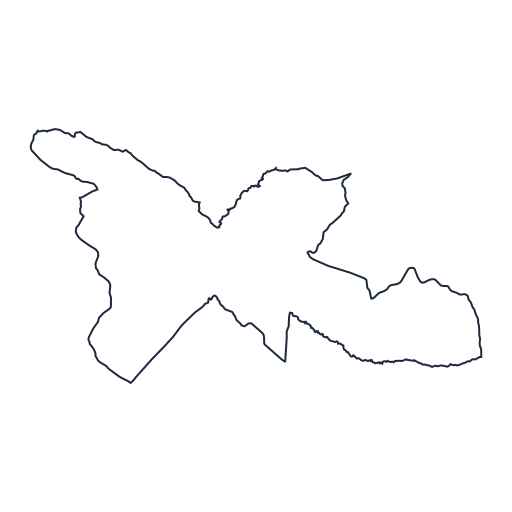 outline of Businga, Équateur, Democratic Republic of the Congo
{"feature_id": "63176286B10859728267394", "entity_name": "Businga", "entity_type": "district", "adm_level": 2, "iso_a3": "COD", "parent_name": "Democratic Republic of the Congo", "parent_adm1": "Équateur", "projection": "orthographic", "projection_center": [21.02, 3.443], "detail": "fine", "context": "isolated", "style": "outline", "palette": "slate", "viewbox_px": 512, "rotation_deg": 0, "n_neighbors": 0, "source": "geoboundaries", "source_scale": "gbopen_adm2", "svg_char_len": 6031}
<svg xmlns="http://www.w3.org/2000/svg" viewBox="0 0 512 512"><path d="M37.1,131.4L36.3,133.5L34.6,134.4L33.8,135.5L33.4,139.7L31.4,143.4L30.7,147.2L31.1,149.2L31.9,150.6L40.4,159.8L49.5,167.0L52.6,168.7L57.7,169.4L65.1,173.1L73.5,175.3L74.7,176.2L75.9,178.4L76.8,178.9L78.4,178.8L80.8,180.9L83.0,181.7L87.2,182.0L93.1,183.6L94.3,184.3L96.5,187.1L97.4,189.5L92.2,191.5L81.9,197.4L79.8,197.7L81.0,201.8L80.6,204.5L81.1,206.3L80.0,209.2L80.4,213.1L83.6,216.2L78.6,225.0L76.4,227.5L75.8,230.9L75.9,232.0L76.8,234.4L78.9,237.5L81.3,239.8L89.8,245.8L95.5,249.2L97.8,252.0L98.2,253.3L98.2,256.3L95.7,262.8L95.5,264.4L96.0,268.2L97.7,270.3L99.2,274.3L103.7,277.2L108.4,281.1L110.1,284.3L110.3,286.0L109.5,292.7L111.0,297.8L110.9,305.8L110.7,307.5L109.3,308.9L103.3,313.2L99.4,317.4L98.8,318.4L98.0,321.8L93.2,328.6L89.2,336.5L88.5,338.6L88.6,340.1L89.5,341.7L89.6,343.7L92.7,347.5L94.6,350.9L95.6,354.1L95.3,355.5L98.1,360.6L99.9,362.2L106.1,365.9L108.9,369.0L118.6,376.1L121.3,377.8L128.4,381.3L130.5,382.9L133.0,380.8L136.3,376.7L151.9,359.2L164.7,346.0L173.1,336.8L180.5,326.9L184.0,323.1L195.0,312.4L201.5,307.7L203.6,305.7L205.0,303.8L207.6,303.0L208.2,302.5L208.3,300.1L208.9,298.4L209.4,298.3L210.7,299.6L211.4,299.2L212.3,297.3L213.9,295.7L215.0,295.7L216.2,296.5L217.4,298.3L217.5,299.3L219.1,300.9L220.5,304.5L222.8,306.3L225.1,309.3L232.0,311.9L232.9,312.8L233.5,314.4L234.7,315.7L236.7,320.3L240.2,323.3L241.4,325.2L243.9,326.2L244.7,326.2L248.6,323.4L251.3,323.3L262.1,332.8L263.4,334.3L264.0,336.7L264.2,343.0L264.7,344.5L282.0,359.7L284.7,361.5L285.2,361.4L285.3,360.2L286.7,338.1L286.7,331.3L288.7,326.3L289.0,317.3L289.9,312.7L292.1,313.0L293.0,315.5L294.1,316.2L295.3,316.1L297.5,316.8L298.2,318.1L298.2,319.4L300.3,321.2L304.0,322.1L304.8,323.0L305.3,321.7L306.0,321.8L306.8,323.5L308.9,324.3L310.8,326.0L310.9,327.8L312.0,327.7L314.0,329.7L315.0,332.0L315.7,331.9L316.6,331.1L317.2,331.7L317.9,331.4L318.0,332.8L319.1,332.9L320.3,334.3L321.8,334.5L322.1,333.9L322.9,334.3L323.2,336.2L323.6,336.6L325.8,337.4L326.6,336.9L327.3,337.1L328.1,338.4L330.0,340.5L335.1,342.0L336.6,341.4L337.7,341.9L338.0,343.6L340.0,343.6L343.4,345.6L343.3,347.3L344.3,349.9L345.0,349.9L346.3,351.2L346.6,352.0L347.9,352.1L350.8,356.4L351.7,356.6L352.5,356.4L353.0,355.4L353.7,355.4L354.3,356.4L355.1,356.6L356.6,358.5L359.0,358.3L361.5,360.4L363.4,360.8L365.3,359.9L368.0,361.1L369.4,360.3L370.5,361.0L371.0,360.1L371.5,359.9L372.6,362.1L374.5,362.6L375.2,363.3L378.5,362.4L379.0,362.5L379.4,363.4L379.9,363.4L380.1,362.6L381.1,362.5L382.3,363.6L382.7,362.2L383.6,361.4L385.0,361.2L386.3,361.9L387.6,360.8L389.7,361.9L391.5,362.0L392.1,361.6L393.6,362.3L395.1,360.9L396.7,361.1L398.1,360.7L401.9,361.0L406.3,359.3L406.9,359.8L413.5,360.8L414.1,360.2L419.3,363.1L421.0,363.3L422.8,364.6L425.7,364.6L426.6,365.2L428.7,365.4L432.1,366.9L435.3,365.7L437.7,366.3L440.9,365.4L445.4,366.1L447.0,366.7L448.6,366.1L450.6,364.2L453.8,365.3L455.7,364.8L456.9,365.3L458.2,365.3L463.8,363.0L465.4,362.7L466.6,361.8L468.0,361.3L469.9,361.4L471.7,359.7L473.2,359.2L475.3,359.4L479.7,357.0L481.3,357.0L481.2,350.1L481.0,348.6L479.9,345.9L479.6,342.9L480.1,338.9L479.3,335.3L479.2,329.1L478.9,325.7L478.2,322.7L478.1,319.6L477.5,317.6L476.1,315.1L474.1,309.1L472.8,307.6L470.8,302.3L468.5,299.5L467.9,296.1L466.0,294.6L464.5,294.1L460.9,294.6L458.9,294.2L457.0,292.9L451.9,291.2L450.3,290.0L448.1,286.4L446.8,286.0L443.3,286.0L440.9,285.4L435.2,279.6L433.4,279.2L431.5,279.3L428.6,280.2L424.6,282.2L423.2,282.7L421.5,282.5L420.2,281.4L417.7,277.1L414.6,269.0L413.7,268.0L411.5,267.8L409.1,268.3L408.1,269.3L401.1,281.4L399.5,282.9L396.7,284.2L391.5,285.0L390.0,285.7L388.8,286.6L387.3,289.0L386.4,289.7L384.0,291.1L378.9,293.0L374.0,297.7L372.0,298.7L371.2,298.5L369.5,290.5L367.3,287.8L366.5,280.6L366.1,279.6L364.1,278.2L350.2,272.7L328.0,265.8L313.2,259.3L309.7,256.8L309.2,255.2L307.8,253.4L307.6,252.2L308.6,251.5L310.6,251.4L312.5,252.8L313.3,252.9L314.1,252.7L316.3,251.0L318.1,245.2L319.1,244.2L320.2,243.6L322.8,239.0L323.6,232.3L327.1,229.3L329.9,224.7L332.5,223.0L340.7,215.5L342.0,213.3L343.7,211.7L344.9,206.8L348.2,203.4L346.1,200.0L345.1,196.0L345.5,192.4L344.7,188.1L342.6,186.1L342.2,183.4L343.7,179.9L348.1,176.9L349.9,174.5L351.3,173.4L337.0,178.5L328.5,180.0L322.7,180.2L317.9,176.0L316.8,175.9L314.6,174.6L312.0,172.1L305.2,167.8L299.8,168.6L298.9,169.2L290.1,169.5L287.6,171.5L285.6,170.4L282.7,170.8L278.6,170.4L276.0,169.3L275.8,168.1L273.9,170.0L271.6,170.4L269.0,171.7L267.5,171.2L265.4,173.5L264.0,173.7L263.2,174.4L262.7,176.8L261.8,177.8L263.0,179.0L262.4,179.7L261.1,179.9L260.4,180.6L259.2,181.0L258.1,184.5L259.8,186.1L259.0,186.7L257.2,186.6L255.9,185.6L255.0,185.7L254.0,186.6L252.9,185.9L251.5,186.0L250.2,188.0L249.0,188.1L248.4,188.7L247.9,190.4L247.2,191.2L244.6,190.8L243.8,191.0L241.8,192.9L240.2,196.0L240.5,197.4L240.1,198.5L238.2,199.1L236.7,200.4L235.8,204.1L234.5,206.9L231.5,208.6L230.5,208.5L229.6,209.9L228.2,209.3L227.5,209.8L228.5,211.0L228.6,212.3L228.2,214.0L225.1,216.2L222.9,216.5L222.4,217.1L222.2,218.9L219.4,221.7L219.5,222.2L221.1,223.2L221.1,223.9L219.2,225.9L219.3,227.3L217.3,227.6L213.9,225.6L212.4,223.9L210.9,222.9L210.0,220.0L208.5,218.0L207.2,216.9L202.0,214.3L198.6,210.9L199.4,208.7L198.9,204.7L199.6,202.5L194.7,201.6L192.9,200.8L191.0,197.3L189.5,196.1L189.3,194.5L187.1,191.4L185.9,190.4L184.5,187.9L179.8,185.3L176.9,183.0L174.9,180.6L170.0,177.7L167.0,177.0L163.0,177.0L158.2,173.4L156.7,172.7L154.7,170.8L153.0,170.7L148.9,168.8L143.2,163.7L139.6,161.0L137.8,160.2L132.2,155.4L130.5,153.1L129.0,152.6L126.4,150.2L125.3,150.2L122.9,151.7L118.4,149.7L114.0,150.1L110.7,148.2L108.5,146.2L106.3,144.8L102.3,144.4L99.9,143.0L96.0,142.0L94.2,141.0L92.8,139.4L86.4,136.9L80.3,131.9L77.6,132.6L76.2,132.5L75.0,133.6L74.7,136.6L73.6,137.0L72.4,136.0L71.5,135.9L68.8,133.4L65.0,133.1L60.4,130.2L58.6,129.6L54.6,129.1L53.4,129.7L51.8,129.7L50.1,130.7L48.3,130.5L47.3,131.5L45.9,130.9L42.2,130.7L40.3,131.4L38.7,131.5L37.8,130.7L37.1,131.4Z" fill="none" stroke="#1e293b" stroke-width="2"/></svg>